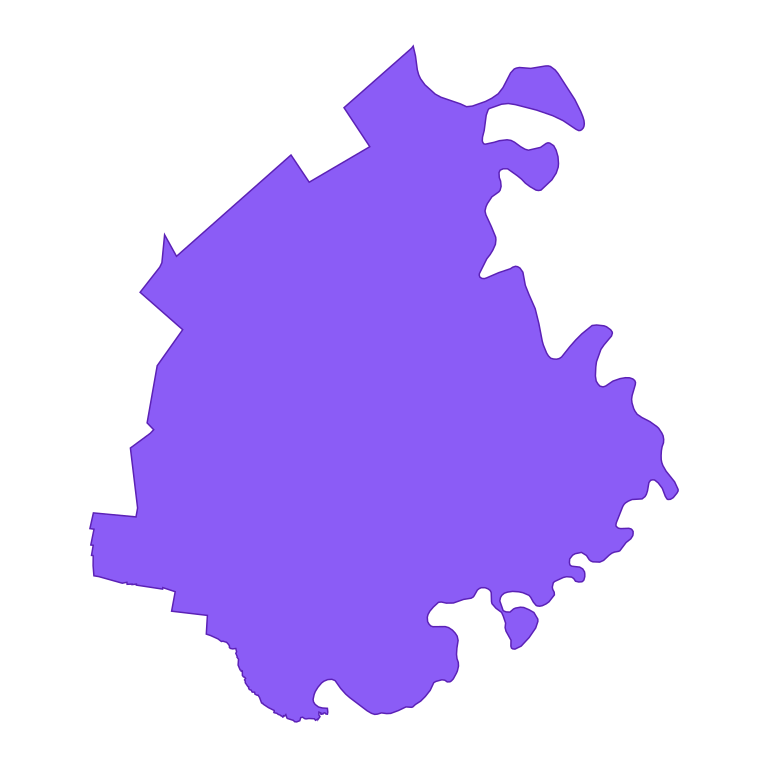 San Vicente Tancuayalab, San Luis Potosí, Mexico (Albers equal-area conic projection)
{"feature_id": "50627088B66323270500820", "entity_name": "San Vicente Tancuayalab", "entity_type": "district", "adm_level": 2, "iso_a3": "MEX", "parent_name": "Mexico", "parent_adm1": "San Luis Potosí", "projection": "albers", "projection_center": [-98.55, 21.813], "detail": "fine", "context": "isolated", "style": "filled", "palette": "violet", "viewbox_px": 768, "rotation_deg": 0, "n_neighbors": 0, "source": "geoboundaries", "source_scale": "gbopen_adm2", "svg_char_len": 6098}
<svg xmlns="http://www.w3.org/2000/svg" viewBox="0 0 768 768"><path d="M327.4,708.3L322.5,708.0L318.5,707.0L315.1,704.4L313.5,701.9L313.1,699.4L314.1,694.6L315.3,691.5L317.9,687.3L321.5,683.0L323.9,681.2L327.7,679.6L331.9,679.3L335.1,680.6L340.7,688.5L345.7,694.1L349.7,697.6L367.0,710.7L371.4,713.3L374.7,714.4L377.5,714.1L381.5,712.9L386.6,713.6L390.7,713.4L398.3,710.6L406.0,706.9L411.3,707.3L412.7,707.0L415.4,704.5L420.7,701.1L425.3,696.5L430.2,690.3L433.8,682.6L436.0,681.4L441.9,679.8L444.8,680.2L447.2,681.9L450.0,681.8L451.4,680.9L453.3,678.9L456.4,673.2L457.4,670.9L458.5,666.1L458.3,662.4L457.0,658.7L456.5,654.3L456.9,648.1L458.1,640.5L457.2,636.2L455.2,633.1L452.4,630.1L448.6,627.6L445.2,626.6L432.8,626.7L430.7,625.9L429.0,624.1L427.6,621.6L427.3,617.3L428.0,614.5L429.9,611.1L433.4,607.0L438.5,602.3L441.3,602.0L446.3,603.1L453.4,603.0L463.6,599.4L471.1,598.2L473.2,597.0L474.0,596.0L477.4,590.0L479.2,588.6L481.2,587.7L485.1,587.7L488.1,588.9L490.1,590.4L491.2,592.5L491.5,601.6L492.0,603.7L495.9,608.2L501.3,612.2L501.8,612.9L503.2,616.0L505.6,623.1L505.1,627.6L506.0,631.2L511.0,640.2L510.9,646.2L511.5,648.1L512.8,648.9L515.0,649.1L521.2,646.1L529.1,637.6L535.7,628.0L537.9,621.4L537.8,619.1L533.9,612.5L529.0,609.7L523.8,607.5L520.4,607.2L515.4,608.1L513.5,609.0L509.9,612.1L506.1,611.9L503.2,610.7L499.8,600.9L500.5,597.5L501.8,595.3L504.3,593.2L507.6,592.1L512.6,591.4L518.8,591.8L522.9,592.7L529.0,595.3L530.6,597.2L533.4,602.2L536.1,605.4L537.2,605.9L539.7,606.2L542.3,605.7L546.1,603.9L549.0,601.8L554.4,594.9L554.2,592.2L552.7,589.3L552.3,587.1L553.3,582.8L554.6,581.5L563.5,577.4L566.6,576.7L571.6,577.1L573.7,578.5L575.5,581.2L578.7,582.0L581.6,581.8L582.5,581.5L583.9,580.0L584.8,576.6L584.8,573.9L584.5,571.8L582.7,568.9L579.7,567.1L571.7,566.2L570.3,565.3L569.8,564.5L569.4,562.6L569.7,558.9L572.6,555.2L575.2,553.7L581.5,552.4L586.5,555.5L589.2,559.7L590.8,561.0L592.7,561.8L599.8,562.1L603.6,560.4L609.1,555.2L611.8,553.2L614.4,552.1L618.7,551.3L619.9,550.7L626.1,542.5L630.8,538.8L632.8,535.6L633.1,533.8L633.1,531.4L631.9,529.6L631.0,528.9L628.8,528.3L620.8,528.6L618.4,528.2L616.2,526.4L615.9,525.0L616.3,522.8L622.7,506.6L624.0,504.4L625.5,502.9L628.3,501.1L632.1,499.5L642.1,498.9L645.0,496.6L646.3,494.5L647.5,490.8L648.9,482.6L650.6,480.3L652.7,479.8L654.6,480.0L658.2,482.9L662.3,488.4L665.3,496.3L667.0,499.0L668.0,499.5L670.5,499.3L673.3,497.6L676.9,493.2L678.1,491.0L678.1,489.4L674.6,481.8L666.1,471.2L662.9,465.6L661.8,462.6L661.2,459.5L661.1,455.6L661.4,450.7L662.1,446.7L663.5,442.8L663.7,439.4L663.1,435.8L661.8,433.0L658.7,428.3L657.0,426.7L649.9,421.6L641.9,417.5L637.2,414.3L635.0,411.2L633.7,408.6L632.0,402.9L631.6,399.3L632.1,395.6L635.3,384.6L635.5,382.4L634.7,380.5L632.8,378.9L629.6,377.8L625.5,377.7L620.1,378.6L612.9,381.1L605.6,386.1L603.0,386.9L599.9,386.1L598.0,384.0L596.2,381.1L595.4,376.0L595.8,367.0L596.5,361.7L600.9,349.4L604.1,344.8L611.5,336.0L612.4,333.1L612.2,332.0L610.7,329.8L606.6,326.8L604.0,325.8L596.6,325.0L592.1,325.5L581.9,333.8L575.8,339.9L569.8,346.7L561.6,357.0L559.3,358.5L556.6,359.2L553.6,359.0L550.7,358.2L548.4,355.9L546.6,353.0L543.3,344.9L542.2,340.9L538.9,323.7L535.2,308.7L529.0,294.6L525.3,285.3L522.9,272.2L520.0,268.1L517.7,266.7L515.5,266.3L512.7,267.2L510.5,268.7L498.6,272.7L486.6,277.9L484.4,278.6L481.8,278.4L479.8,277.0L479.2,275.1L479.4,273.6L486.8,258.8L490.1,254.6L492.9,250.0L495.4,244.4L495.9,239.9L495.7,237.2L491.4,226.7L485.9,214.8L485.0,211.0L486.0,206.7L487.4,203.6L491.9,196.8L498.9,191.8L500.1,190.2L501.1,186.4L500.6,181.1L499.3,177.7L499.0,172.6L500.1,170.2L503.2,168.8L507.6,168.8L517.3,175.7L521.6,179.2L525.4,183.2L530.1,186.7L536.0,190.1L538.5,190.5L541.0,190.1L551.9,179.8L556.2,173.1L558.2,167.1L558.5,163.6L558.0,156.7L556.1,150.1L553.7,145.7L549.8,143.1L548.0,142.8L546.2,143.4L540.5,147.4L528.4,150.2L525.0,149.2L520.5,146.6L514.5,142.2L511.0,140.4L507.1,139.8L499.3,140.7L494.1,142.3L485.2,144.2L483.8,143.8L482.8,142.4L482.3,140.9L482.5,137.2L484.2,130.5L486.2,115.3L488.1,109.9L489.1,108.6L501.6,104.2L508.3,103.5L515.3,104.6L536.6,110.1L552.8,115.7L563.2,120.7L576.0,129.3L578.8,130.6L580.5,130.4L581.8,129.6L583.3,127.9L584.0,126.1L584.3,123.8L584.0,120.6L582.8,116.6L580.7,111.4L574.8,99.5L558.1,73.6L555.2,70.0L550.5,66.5L548.2,65.9L545.3,66.0L530.8,68.4L519.4,67.5L516.3,68.1L514.2,69.0L510.6,72.9L503.0,87.6L498.2,93.8L491.7,98.3L485.4,101.5L472.3,106.1L466.5,106.7L460.5,103.9L440.9,97.2L435.2,94.1L424.9,84.8L420.5,78.7L418.7,74.8L417.3,69.7L415.5,56.0L413.2,46.1L411.6,48.2L344.0,107.7L369.8,146.7L309.2,182.2L291.0,155.0L176.5,256.3L164.6,234.8L161.9,262.7L159.8,267.1L140.1,292.3L182.7,329.7L157.2,365.7L147.1,422.9L153.7,429.7L150.3,433.3L130.4,448.0L137.6,508.0L136.0,516.9L93.4,512.9L89.9,528.6L94.0,529.2L90.8,545.0L93.2,545.3L91.5,555.4L93.6,555.6L93.2,555.7L93.1,565.8L93.9,575.8L98.8,576.6L122.3,583.2L126.9,582.3L127.1,584.3L132.1,584.1L132.1,584.6L136.4,584.1L136.3,585.1L162.6,589.1L162.8,587.6L175.2,591.7L171.6,611.2L207.4,615.4L206.3,634.1L210.5,635.5L218.0,638.9L221.4,641.5L222.9,641.2L226.6,642.3L228.5,644.4L229.4,645.8L229.4,647.4L230.3,648.4L232.6,648.9L235.8,648.5L236.6,651.8L235.8,653.3L237.2,656.5L237.0,657.2L238.5,659.2L238.1,665.1L240.1,669.9L241.0,670.3L241.2,671.2L242.3,671.0L242.4,675.5L243.6,677.0L244.3,677.0L245.6,678.3L244.5,679.9L245.2,680.8L245.3,682.8L247.7,686.3L248.7,687.0L248.5,687.8L249.3,689.5L251.2,690.2L252.2,692.1L254.6,692.2L255.0,694.2L257.3,695.3L258.0,695.1L259.5,697.4L261.6,703.0L262.8,703.3L263.1,704.1L268.4,707.6L274.2,710.5L274.3,711.5L273.8,712.2L274.1,712.7L276.9,713.3L278.2,714.4L280.2,715.1L281.2,716.0L281.7,715.9L282.8,717.1L283.6,716.6L283.7,715.7L284.7,715.9L285.8,714.6L286.9,718.0L287.5,718.5L293.4,720.4L294.6,721.7L296.7,721.9L299.8,720.7L300.7,717.6L302.6,717.2L304.6,718.6L306.0,718.9L308.9,718.5L314.4,718.8L315.5,720.3L318.1,718.9L318.1,719.3L320.0,716.7L319.0,715.2L318.8,712.9L319.3,712.7L319.2,712.2L320.9,713.0L320.7,713.5L321.0,714.3L323.1,713.9L323.1,713.3L324.8,712.8L325.9,714.0L327.4,714.2L327.8,712.1L327.4,708.3Z" fill="#8b5cf6" stroke="#5b21b6" stroke-width="1.5"/></svg>